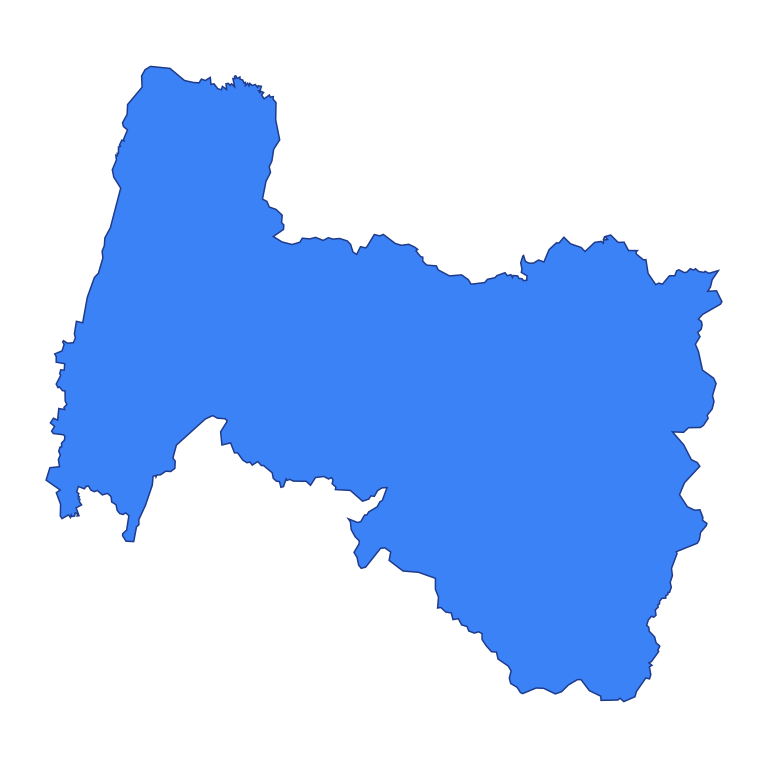 the district of El Carmen De Bolívar, Bolívar, Colombia
{"feature_id": "7082276B24819369766558", "entity_name": "El Carmen De Bolívar", "entity_type": "district", "adm_level": 2, "iso_a3": "COL", "parent_name": "Colombia", "parent_adm1": "Bolívar", "projection": "natural_earth1", "projection_center": [-75.182, 9.704], "detail": "fine", "context": "isolated", "style": "filled", "palette": "blue", "viewbox_px": 768, "rotation_deg": 0, "n_neighbors": 0, "source": "geoboundaries", "source_scale": "gbopen_adm2", "svg_char_len": 6001}
<svg xmlns="http://www.w3.org/2000/svg" viewBox="0 0 768 768"><path d="M703.4,425.4L708.1,418.4L707.2,415.3L712.1,409.0L714.0,401.6L712.5,395.6L716.1,383.6L713.6,378.2L702.5,370.1L698.5,351.7L695.4,344.2L700.0,336.7L697.8,332.5L701.2,329.2L702.1,324.8L701.4,321.5L698.4,319.1L702.6,314.4L720.5,304.1L721.9,301.7L716.5,290.8L707.7,291.3L710.4,287.1L712.2,279.7L718.4,270.6L708.9,273.3L705.1,271.3L704.0,272.4L698.8,271.5L695.5,268.7L693.6,270.1L690.3,268.7L686.9,272.1L684.2,272.6L679.0,269.8L676.7,270.7L674.8,275.7L669.4,275.8L662.4,284.2L658.9,283.1L655.7,284.6L648.1,273.4L645.9,259.6L643.5,259.9L636.4,254.1L636.0,252.0L637.3,250.6L628.5,250.5L624.1,242.2L618.1,242.4L610.7,235.0L604.6,236.7L603.9,238.4L605.8,237.2L607.6,239.5L603.6,240.0L603.3,243.2L601.2,241.4L594.7,242.4L585.0,251.5L581.2,247.5L570.5,243.8L563.9,237.2L559.1,242.9L556.3,242.9L549.1,249.6L543.9,262.0L538.6,260.0L533.5,263.1L528.9,263.2L525.3,261.2L523.6,255.5L522.8,256.1L520.7,263.0L522.0,269.0L521.3,272.4L527.0,275.8L526.7,280.3L523.4,280.6L522.1,278.7L518.9,278.4L517.6,275.9L513.1,275.5L512.5,277.4L510.9,274.7L507.3,275.7L505.0,272.7L496.9,275.6L495.0,277.7L487.5,279.3L484.6,282.6L471.1,284.2L468.3,279.7L461.6,274.9L449.5,275.9L438.2,269.9L436.4,265.9L426.7,265.1L422.8,261.3L422.8,257.2L420.6,256.6L416.0,250.9L417.7,249.4L414.5,247.0L408.7,244.3L401.4,245.3L395.3,243.5L383.3,234.4L379.8,235.9L374.3,234.5L367.1,246.5L365.6,247.9L360.5,246.7L356.7,254.4L353.0,252.1L350.6,244.4L347.2,240.9L339.6,238.5L333.0,239.1L328.3,237.7L323.2,240.4L315.6,237.4L309.9,238.9L302.3,238.2L299.9,242.2L292.0,244.5L281.9,241.9L273.3,236.5L283.5,229.4L283.8,225.0L281.6,222.6L282.2,215.2L276.0,209.4L269.2,207.0L266.9,201.4L262.5,199.1L266.0,181.3L270.5,172.5L269.2,166.8L271.9,161.0L273.7,149.2L279.7,139.9L275.7,119.9L276.0,102.6L273.1,99.2L273.3,96.6L270.3,97.1L269.4,95.0L264.1,98.8L261.6,95.0L263.6,92.5L260.9,91.3L259.9,92.7L258.5,90.9L260.2,90.4L261.4,86.3L258.2,85.8L257.5,87.4L255.3,84.5L252.2,85.5L249.9,83.4L249.0,85.9L247.7,83.2L245.3,85.6L245.4,82.4L243.8,82.8L242.8,80.1L240.0,79.1L239.9,77.0L237.3,78.4L235.7,75.8L234.5,76.4L235.0,78.7L232.9,78.5L234.6,86.8L231.6,83.8L230.1,85.4L228.5,83.4L226.0,83.7L226.6,89.5L222.4,86.4L221.4,89.7L217.8,88.8L214.0,83.8L211.0,84.4L210.3,77.4L205.3,80.5L201.4,79.1L199.1,82.8L193.4,82.5L184.5,80.5L170.0,68.4L150.5,66.4L145.1,69.7L141.6,75.9L142.1,87.2L127.6,104.5L127.1,114.4L122.5,122.8L123.5,126.6L127.5,129.9L123.6,139.2L124.0,140.9L121.8,140.1L119.5,145.1L120.5,146.3L118.5,147.0L118.4,153.4L117.2,153.3L117.4,155.6L115.8,155.2L116.4,159.9L112.3,169.8L113.8,177.2L120.7,188.1L110.3,227.9L104.9,237.8L104.3,245.9L102.1,251.3L102.9,257.9L98.4,273.3L94.4,277.5L87.3,297.3L82.7,322.8L76.4,321.3L74.4,333.9L75.4,337.9L73.4,342.7L67.5,343.2L63.5,340.7L62.7,342.0L64.1,344.5L62.0,350.9L54.7,353.9L56.2,356.5L56.2,362.2L64.7,363.7L64.2,370.2L60.7,369.8L59.7,373.7L60.7,375.4L56.2,384.1L58.0,387.6L59.4,386.9L62.5,390.7L65.0,390.9L65.2,401.1L66.9,404.4L64.0,407.4L64.6,409.5L58.8,408.5L57.6,420.1L53.4,418.2L50.4,422.9L54.6,426.4L51.6,431.1L53.3,433.5L63.7,434.8L64.9,436.7L64.3,440.3L61.5,443.1L61.7,446.8L60.0,447.1L58.7,451.3L60.3,455.0L58.4,459.6L59.5,466.7L49.9,467.7L46.1,480.1L60.2,490.0L56.3,492.7L60.6,504.2L60.3,516.1L62.1,518.6L68.5,514.9L70.4,517.5L71.2,515.0L71.8,516.5L74.7,516.0L75.2,512.9L77.5,513.6L77.1,516.0L79.0,515.7L76.1,507.8L81.6,504.9L79.3,501.6L79.9,499.4L78.2,498.6L79.4,496.8L78.1,495.9L78.8,493.6L76.7,492.0L78.3,486.5L84.4,488.8L86.5,486.1L88.5,486.1L90.9,490.1L94.3,491.7L97.3,490.5L102.4,494.9L107.5,493.4L111.0,496.5L111.7,502.0L116.0,504.7L117.2,510.4L119.7,513.5L123.0,514.5L125.5,512.9L128.9,515.6L126.6,530.1L122.7,533.7L122.6,535.7L126.0,541.2L133.7,541.6L136.5,526.9L138.9,524.7L138.8,519.7L145.5,505.2L152.3,485.1L153.1,476.2L155.7,475.6L156.0,476.9L156.8,475.1L160.5,474.8L165.8,471.2L170.8,471.5L174.9,468.3L175.2,461.1L172.9,458.1L176.4,445.1L205.3,419.0L212.7,415.6L217.5,418.2L224.8,418.7L227.1,420.5L226.6,422.2L220.6,431.8L221.9,445.0L230.6,442.9L234.5,452.9L237.6,452.8L242.7,460.0L246.8,462.7L250.1,462.2L252.2,465.1L257.8,461.6L261.3,465.5L263.5,465.5L272.2,472.8L273.2,478.2L276.4,481.2L279.5,481.6L280.9,487.3L283.5,486.6L286.1,479.0L287.1,480.4L289.8,479.4L293.3,481.1L306.2,481.3L310.5,485.3L315.5,477.5L323.9,476.5L328.6,479.0L331.4,477.6L333.0,479.9L332.1,483.7L335.9,487.1L335.4,489.6L350.3,490.4L362.6,501.2L368.8,499.1L370.9,495.9L374.4,496.3L377.5,490.7L381.9,487.9L387.0,487.6L382.3,500.5L379.9,501.8L377.2,506.8L368.6,512.0L367.0,514.9L364.6,515.0L360.8,521.6L357.6,522.5L348.3,518.8L350.4,521.8L351.2,529.6L355.1,536.7L359.2,540.8L359.1,543.8L354.0,552.4L357.0,557.3L358.7,565.2L361.2,568.3L365.6,567.2L380.5,548.4L384.7,547.8L390.7,552.0L389.1,560.4L403.0,571.0L418.5,572.3L435.4,578.3L435.4,589.3L438.5,597.0L437.6,608.0L440.9,607.5L445.7,612.0L451.3,613.0L453.0,619.6L458.4,618.7L461.6,624.9L467.0,626.5L468.8,631.0L474.3,633.1L478.6,631.8L482.0,633.6L482.1,639.6L486.4,646.0L491.5,651.7L496.5,652.1L498.0,659.0L508.2,666.0L511.1,670.9L509.3,678.0L510.7,683.5L517.1,687.3L520.5,692.6L522.7,693.6L536.1,688.0L543.7,688.3L555.3,693.9L561.6,691.7L568.4,685.0L577.2,679.7L581.0,679.6L589.4,690.7L600.8,696.2L601.0,700.4L618.0,700.0L620.0,698.2L623.8,701.6L634.9,696.8L636.5,691.4L645.8,678.0L649.5,678.9L650.8,674.7L649.4,666.8L652.0,665.3L648.9,662.8L651.5,661.5L658.7,651.5L657.8,650.3L659.8,646.1L656.1,642.8L654.6,636.9L649.2,631.2L648.8,627.3L646.7,625.2L648.3,620.0L651.4,616.3L653.8,617.2L656.0,615.3L655.3,610.0L658.2,607.1L657.8,604.9L659.5,603.9L659.6,601.3L661.8,598.4L665.8,598.1L665.8,595.6L667.9,594.5L668.0,592.4L669.5,592.4L671.3,587.3L670.2,582.3L672.4,575.7L671.5,568.4L677.0,553.7L676.3,551.7L697.3,543.2L699.4,539.6L700.6,532.4L706.3,525.6L706.9,523.4L702.5,520.3L702.9,517.5L700.0,509.8L694.7,510.2L687.3,506.7L679.5,494.7L684.5,482.7L699.8,466.3L697.2,462.5L691.3,459.6L683.7,444.8L672.5,431.9L683.6,432.3L688.5,427.7L700.3,427.5L703.4,425.4Z" fill="#3b82f6" stroke="#1e3a8a" stroke-width="1.5"/></svg>